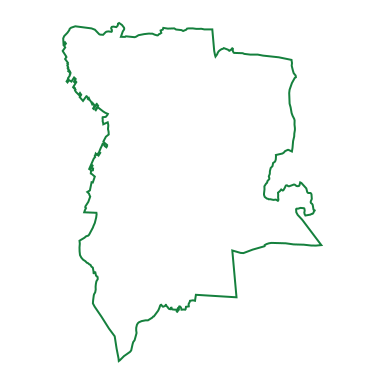 Phra Nakhon Si Ayutthaya, Phra Nakhon Si Ayutthaya, Thailand (Equal Earth projection)
{"feature_id": "78962969B15942215938926", "entity_name": "Phra Nakhon Si Ayutthaya", "entity_type": "district", "adm_level": 2, "iso_a3": "THA", "parent_name": "Thailand", "parent_adm1": "Phra Nakhon Si Ayutthaya", "projection": "equal_earth", "projection_center": [100.553, 14.343], "detail": "fine", "context": "isolated", "style": "outline", "palette": "green", "viewbox_px": 384, "rotation_deg": 0, "n_neighbors": 0, "source": "geoboundaries", "source_scale": "gbopen_adm2", "svg_char_len": 5767}
<svg xmlns="http://www.w3.org/2000/svg" viewBox="0 0 384 384"><path d="M84.4,237.8L79.5,240.7L79.8,243.7L79.5,247.5L79.6,251.4L80.0,255.1L81.3,257.6L83.1,259.7L85.4,261.2L86.8,262.7L87.9,263.1L89.4,264.4L90.5,264.9L91.4,266.6L92.8,267.6L93.5,271.4L93.6,273.1L93.8,273.2L94.9,272.2L95.3,272.3L96.0,275.5L96.6,276.3L97.4,276.6L97.7,277.8L97.7,279.2L96.4,281.3L95.9,283.8L95.6,286.7L95.7,289.6L95.2,292.3L94.1,294.2L93.8,295.2L93.1,300.5L92.9,303.4L94.6,306.6L101.6,316.9L109.0,328.6L114.7,336.3L116.6,348.6L118.5,358.3L118.8,361.0L119.9,360.2L124.0,356.1L130.1,351.8L131.2,350.4L132.6,344.1L133.2,342.1L134.6,340.2L136.5,333.3L136.5,332.5L136.2,330.5L136.2,327.9L136.9,324.9L137.8,323.3L138.9,322.3L141.6,321.1L145.7,320.3L148.0,320.3L152.2,317.7L153.3,316.5L153.9,316.4L158.2,310.6L159.2,308.4L160.2,305.5L160.7,304.9L161.3,304.8L161.6,305.4L162.9,306.7L163.3,306.7L165.3,305.8L165.7,304.9L166.0,304.9L166.6,306.2L167.4,306.8L168.1,307.9L169.2,309.0L170.5,309.2L170.8,308.9L170.9,307.8L171.5,307.7L172.0,309.2L172.2,309.4L175.0,309.7L176.6,309.6L176.7,309.9L176.7,311.4L177.2,311.8L177.4,311.6L177.5,310.8L178.3,310.5L178.9,309.6L178.9,309.1L177.9,308.9L177.9,308.3L178.1,307.9L178.9,307.5L179.2,306.5L179.8,306.4L180.7,307.2L181.2,308.2L181.5,309.7L183.8,309.5L185.2,309.7L185.6,309.2L186.0,306.8L188.8,306.4L188.6,304.1L189.8,301.7L190.0,300.8L193.0,300.3L195.0,300.8L195.9,294.8L236.5,297.3L232.3,250.5L240.6,252.9L243.4,253.1L252.7,249.6L264.3,246.3L264.7,246.0L264.7,245.1L266.5,244.1L268.9,243.3L271.4,242.9L285.7,243.3L293.6,244.4L303.8,244.7L311.0,245.5L315.9,245.6L321.3,245.1L302.1,219.6L297.7,214.9L296.3,212.3L296.1,209.2L296.6,208.7L298.4,208.6L300.4,207.9L303.9,208.2L304.3,208.5L304.5,209.3L304.7,210.8L304.3,212.4L304.6,214.1L305.4,215.5L310.5,214.6L311.6,213.9L312.6,213.8L313.5,212.7L314.1,210.9L314.5,210.8L314.7,210.4L313.5,209.6L312.7,204.9L312.2,204.0L310.9,202.9L310.7,202.2L310.8,201.3L311.8,198.9L311.5,194.5L311.1,193.5L310.4,193.0L308.4,193.0L307.7,192.7L307.2,191.9L306.3,188.4L301.4,183.0L300.2,182.4L299.4,185.4L299.0,185.9L297.9,186.2L296.5,186.0L295.0,184.8L294.0,184.5L289.1,186.3L288.3,186.2L286.9,185.3L285.8,185.6L284.6,188.2L283.3,190.3L282.6,190.5L281.2,189.5L279.9,191.1L278.0,192.7L278.2,195.0L278.1,197.4L278.4,199.5L278.2,200.5L277.9,200.8L275.9,199.6L273.4,199.9L270.2,199.2L268.7,199.3L268.0,198.8L266.9,198.6L264.7,196.9L264.0,194.8L264.0,193.7L264.5,189.3L264.4,186.3L266.1,183.6L267.1,182.7L267.4,181.2L269.3,179.0L269.3,178.0L268.8,176.4L269.8,173.9L269.9,171.2L270.7,168.0L272.5,166.1L273.1,163.0L274.9,161.7L275.3,161.0L275.8,159.4L276.0,155.9L275.9,155.0L282.5,153.5L283.8,152.6L285.1,151.1L287.7,149.9L288.5,149.9L291.9,151.5L292.5,148.0L293.1,141.1L294.2,136.4L294.3,133.6L294.9,130.0L294.9,128.1L294.5,124.6L294.6,120.4L294.2,118.9L292.6,115.8L291.6,113.0L290.6,107.3L289.6,103.7L289.2,93.0L289.6,89.7L291.9,83.1L294.7,78.0L295.9,77.2L295.6,75.5L293.7,73.2L292.9,70.6L291.7,65.7L292.0,63.1L291.5,59.9L278.8,57.3L263.0,55.6L257.8,54.6L250.3,54.6L244.3,53.9L242.7,53.2L234.1,52.9L233.6,52.6L232.9,51.2L232.7,50.3L232.9,48.8L232.3,48.3L231.9,48.5L231.2,49.8L230.4,49.9L229.6,50.8L229.1,50.7L228.0,49.7L223.8,48.1L222.7,48.9L221.6,49.1L219.7,50.4L218.6,51.4L217.8,52.7L217.1,54.4L215.5,56.6L215.0,55.0L214.2,50.9L212.3,29.4L204.3,29.4L201.5,28.8L196.5,28.9L192.8,28.4L188.8,28.4L187.1,28.6L186.2,29.7L183.1,31.0L181.5,30.1L176.0,29.5L174.3,28.4L167.7,28.6L163.3,27.9L162.8,29.6L160.6,30.5L161.3,32.9L159.8,33.9L159.1,34.1L157.9,35.3L157.2,35.4L154.5,34.6L152.5,33.7L148.7,33.6L144.2,34.1L138.5,35.2L136.1,36.7L134.7,37.2L125.9,36.3L125.0,36.9L120.9,36.8L122.8,31.4L124.1,29.5L124.2,28.2L123.9,27.5L122.0,25.0L119.1,23.0L118.0,23.7L117.9,24.9L117.5,25.9L116.3,27.1L113.3,26.6L111.8,26.9L111.2,27.9L111.2,28.6L111.8,29.7L111.9,30.5L111.8,31.5L111.5,31.8L108.3,31.4L106.4,31.7L105.5,32.3L103.1,34.8L100.1,34.6L99.2,34.2L94.9,29.7L91.5,28.4L75.3,26.3L71.1,27.7L70.2,28.4L69.5,29.2L69.3,30.1L67.4,32.8L64.2,36.1L63.2,38.4L63.5,43.8L65.0,42.3L65.9,43.5L64.2,45.9L65.2,47.5L62.7,50.9L62.8,51.2L66.1,56.3L66.0,56.5L66.4,57.1L65.1,59.0L67.9,62.8L67.4,63.5L68.0,64.2L67.3,65.3L67.9,66.2L67.7,66.7L68.2,67.4L67.7,68.1L68.3,68.7L68.1,69.1L68.9,70.0L68.2,71.1L68.8,71.6L69.4,70.7L70.0,71.6L69.8,72.0L70.4,72.6L70.0,73.3L70.4,73.8L69.7,74.9L69.8,75.6L68.0,78.2L68.3,78.7L66.6,81.4L67.5,82.4L69.0,80.1L71.4,81.6L74.1,77.5L75.5,78.8L75.1,79.3L75.4,79.6L74.0,81.8L74.9,82.7L75.7,81.3L76.3,82.1L73.1,87.2L73.7,87.9L74.1,87.3L74.9,88.2L74.6,88.6L75.5,89.7L75.0,90.4L75.9,91.9L78.8,94.8L80.0,93.0L81.2,94.8L79.7,97.1L83.0,100.9L86.3,96.3L86.6,96.2L87.7,97.6L88.0,98.4L87.8,98.8L88.2,99.2L88.9,98.2L89.6,99.8L91.2,102.0L91.9,103.6L92.1,103.2L92.5,104.1L93.0,103.5L94.5,105.3L94.1,106.1L94.4,106.5L93.1,108.4L93.5,108.8L96.4,104.3L97.2,105.1L97.3,104.7L98.1,105.8L95.4,109.8L95.8,110.2L97.7,107.2L103.1,111.4L105.3,112.8L107.9,113.9L107.3,115.1L105.7,116.9L102.7,117.2L102.5,118.3L102.7,118.9L102.7,121.6L103.1,122.6L103.3,124.3L107.7,122.3L108.2,124.5L108.3,125.7L108.0,129.0L108.6,131.9L108.7,134.5L105.9,136.7L103.4,141.5L104.4,142.8L107.0,144.9L106.7,145.6L107.1,146.0L106.4,147.3L104.8,146.1L103.8,144.6L102.6,143.9L101.8,145.9L100.7,148.1L99.1,152.1L100.2,152.9L98.7,155.3L98.0,154.0L97.5,154.7L97.1,154.1L96.6,154.7L95.7,153.7L95.5,154.5L94.7,156.0L95.1,157.1L93.8,158.5L89.2,169.0L90.1,169.6L92.1,165.1L92.6,165.6L91.3,168.0L91.8,168.3L91.9,168.1L93.1,168.5L92.9,170.3L91.7,170.6L91.0,171.2L90.8,173.5L91.9,174.1L94.8,176.6L92.8,182.5L91.6,182.2L89.9,190.4L87.3,192.0L89.0,193.6L89.5,195.1L90.2,196.6L88.3,201.9L85.4,206.4L85.3,207.4L86.0,208.1L84.9,210.2L84.2,212.3L96.4,212.8L96.6,214.3L96.2,217.4L94.8,223.0L93.5,225.9L92.9,227.6L89.1,234.7L88.3,235.6L86.1,236.3L84.4,237.8Z" fill="none" stroke="#15803d" stroke-width="2"/></svg>